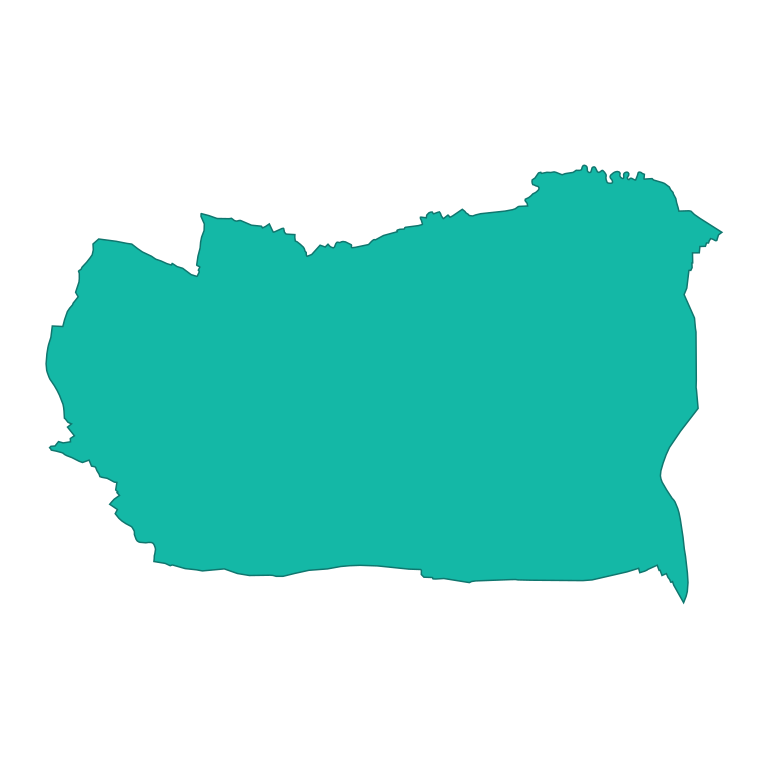 outline of Phak Hai, Phra Nakhon Si Ayutthaya, Thailand
{"feature_id": "78962969B77944548728252", "entity_name": "Phak Hai", "entity_type": "district", "adm_level": 2, "iso_a3": "THA", "parent_name": "Thailand", "parent_adm1": "Phra Nakhon Si Ayutthaya", "projection": "albers", "projection_center": [100.331, 14.454], "detail": "fine", "context": "isolated", "style": "filled", "palette": "teal", "viewbox_px": 768, "rotation_deg": 0, "n_neighbors": 0, "source": "geoboundaries", "source_scale": "gbopen_adm2", "svg_char_len": 6063}
<svg xmlns="http://www.w3.org/2000/svg" viewBox="0 0 768 768"><path d="M698.1,408.4L696.5,390.2L696.1,387.4L696.3,380.1L696.0,332.0L695.4,328.2L694.5,318.0L684.1,294.6L686.8,288.1L688.9,270.5L689.1,270.3L690.8,270.4L692.1,267.7L691.9,263.0L692.7,262.9L692.5,252.9L699.3,252.8L699.9,246.5L705.4,246.3L706.5,243.0L708.5,243.0L709.4,240.4L710.1,239.7L710.5,238.6L712.8,239.2L715.3,240.6L716.0,240.7L716.8,240.4L718.5,234.9L721.9,232.3L699.7,218.2L694.4,214.5L691.0,211.2L688.9,210.8L678.9,211.1L678.1,207.7L676.6,202.6L675.8,198.5L673.4,194.0L673.0,192.4L670.7,189.8L669.3,187.0L664.6,183.5L662.4,182.6L653.5,180.0L652.1,178.6L644.2,179.1L644.0,178.9L644.4,174.3L642.4,173.5L641.1,172.5L639.8,172.1L638.8,172.2L638.2,172.7L637.3,175.8L635.6,180.0L634.7,179.9L631.8,178.4L631.0,178.2L630.2,178.4L629.0,179.6L628.0,179.4L627.2,177.8L628.7,175.3L628.8,173.7L628.1,172.6L627.0,172.1L625.8,172.3L624.9,172.7L624.0,173.5L623.6,174.7L623.8,177.2L623.6,177.9L623.2,178.4L622.4,178.5L620.8,177.5L620.0,176.3L619.8,175.1L620.1,173.4L619.7,172.6L619.0,171.9L617.3,171.5L616.0,171.7L614.5,172.2L613.2,173.0L610.9,174.9L610.2,176.1L610.1,176.9L610.5,178.1L612.2,180.3L612.6,182.1L612.2,182.8L611.5,183.2L610.0,183.3L608.4,183.1L607.5,182.7L607.0,182.1L606.1,179.6L605.9,177.3L606.2,175.9L606.0,174.5L604.6,172.3L602.8,170.5L602.4,170.4L601.9,170.5L599.4,172.3L598.2,172.3L597.3,171.6L595.4,167.7L594.6,167.0L593.8,166.9L592.6,167.3L592.1,167.8L591.0,171.6L590.6,172.2L590.0,172.5L588.8,172.4L587.7,171.5L587.4,170.8L587.2,168.0L586.8,166.7L585.9,165.8L584.6,165.3L583.3,165.5L582.7,166.2L582.2,167.1L581.6,169.3L580.8,170.1L579.4,170.4L576.2,170.3L573.1,172.4L566.6,173.4L565.0,173.7L562.4,174.7L561.4,174.5L555.9,172.3L554.1,171.9L550.7,172.5L546.9,172.3L541.7,173.4L541.3,173.2L540.8,172.3L538.8,172.8L538.3,173.2L535.0,178.0L532.2,179.9L532.0,181.4L532.2,183.1L532.8,184.6L534.2,185.0L535.7,185.8L538.1,186.5L539.0,187.7L538.9,189.0L538.2,190.2L536.5,191.8L535.4,192.6L532.8,193.9L531.0,195.8L528.7,197.6L525.3,199.2L525.1,200.7L527.2,203.4L527.6,206.0L519.0,206.4L518.1,206.7L515.2,208.8L512.5,209.7L505.0,211.1L480.7,213.7L475.7,214.9L472.6,216.0L469.2,215.5L468.2,214.3L466.0,212.9L464.9,211.4L462.3,209.3L452.5,216.0L450.3,217.1L449.8,217.1L448.3,215.2L447.9,215.1L443.5,218.6L443.2,218.5L441.4,216.0L440.4,213.3L439.4,211.9L437.8,212.3L433.7,213.8L433.2,213.5L432.2,212.0L430.4,212.2L428.8,212.9L426.9,214.9L426.7,215.3L426.3,217.8L420.9,217.1L420.4,217.3L420.5,218.7L421.3,220.1L422.4,223.9L422.4,224.3L422.0,224.6L418.4,225.6L405.5,227.3L404.8,227.7L404.4,228.7L403.9,229.1L399.8,229.3L397.8,229.9L397.0,230.4L397.3,231.7L383.5,235.5L375.5,239.8L374.2,239.6L373.4,239.9L371.6,241.3L368.9,244.2L368.3,244.6L355.5,247.3L352.3,247.7L351.7,247.6L351.4,247.1L351.5,245.2L351.2,244.7L345.5,241.9L343.0,241.5L341.5,241.8L339.8,242.6L337.6,242.2L336.8,242.4L335.8,243.7L334.5,247.0L333.5,247.8L332.7,247.7L330.9,247.0L329.9,246.3L328.0,244.2L325.2,247.0L320.1,245.2L311.7,254.5L307.2,256.3L306.8,256.1L306.3,254.7L306.2,252.4L305.1,251.3L304.3,248.7L303.4,247.2L300.4,244.4L297.1,241.8L295.3,241.0L294.8,237.5L294.9,234.6L286.2,234.1L284.5,232.3L283.7,228.6L283.4,228.3L282.0,228.5L274.5,231.9L273.3,232.1L272.2,230.1L269.3,223.9L265.5,226.5L262.6,227.9L262.2,227.6L261.7,226.5L261.4,226.2L251.5,225.2L240.6,220.5L239.1,220.5L236.8,221.1L235.4,220.9L234.2,220.4L231.5,218.3L229.1,218.7L217.1,218.5L208.9,215.6L201.3,213.6L201.1,213.8L201.0,216.4L204.3,223.9L204.1,230.5L201.6,237.1L200.6,242.1L200.1,248.0L198.0,256.1L196.7,264.9L196.9,265.4L199.7,266.8L199.8,267.2L198.3,270.2L199.2,271.3L199.1,272.3L197.2,276.2L196.8,276.4L191.1,274.6L182.7,268.3L177.1,266.6L172.4,263.5L172.1,263.5L171.6,264.8L171.2,265.0L166.8,263.6L161.1,261.0L155.8,259.2L151.4,256.2L142.5,252.0L137.7,248.7L131.8,244.1L126.9,243.4L116.2,241.3L98.7,239.0L93.0,244.0L93.3,249.9L92.2,254.8L90.2,257.7L86.6,262.3L82.1,267.1L81.0,269.4L79.2,270.5L78.6,271.1L78.6,271.6L79.2,272.8L79.3,274.1L79.3,278.8L79.0,282.0L75.6,292.3L78.2,296.8L73.2,303.1L72.5,304.9L69.7,308.1L67.4,311.5L64.6,319.6L62.8,326.5L52.3,326.0L50.9,337.3L48.6,344.6L47.9,347.7L46.9,353.9L46.1,363.8L46.7,370.4L47.4,372.8L48.9,376.9L49.9,379.1L54.3,385.6L57.2,390.6L59.5,395.3L63.0,404.3L63.6,407.4L64.0,410.9L64.4,418.2L65.2,418.8L68.0,422.3L71.5,423.9L67.5,427.1L74.4,435.8L70.3,438.5L70.5,441.8L63.2,442.9L58.5,441.6L55.0,446.0L50.9,446.3L49.6,447.7L50.6,448.7L51.3,450.1L56.1,451.1L61.7,452.6L62.9,453.1L64.6,454.5L66.9,455.7L71.9,457.6L79.0,461.2L82.5,462.5L89.1,460.1L91.5,466.1L94.9,466.8L95.7,467.6L96.9,470.6L99.1,474.2L99.9,476.6L101.9,477.3L107.2,478.3L114.3,482.1L116.9,482.4L115.7,489.9L117.8,492.0L117.0,492.7L119.5,495.4L114.2,499.2L111.6,502.0L109.7,504.3L117.4,509.5L115.2,513.7L118.9,518.3L121.9,521.0L125.8,523.6L131.1,526.4L132.1,527.3L134.2,530.9L134.4,532.2L134.4,534.6L136.1,539.3L137.2,540.9L138.7,541.9L140.0,542.3L145.8,542.8L148.7,542.4L151.3,542.5L152.7,543.0L153.7,544.1L154.2,545.0L155.2,547.7L155.5,549.3L154.9,553.4L154.3,555.8L154.2,558.8L153.9,561.5L165.2,563.4L170.2,565.7L172.1,565.0L172.6,565.0L185.2,568.6L196.4,569.8L202.4,570.9L224.3,568.9L237.4,573.5L249.4,575.5L270.2,575.2L272.9,575.4L276.1,576.3L283.1,576.3L294.4,573.5L308.9,570.3L327.4,568.9L340.7,566.5L349.6,565.7L360.1,565.3L377.5,565.9L408.8,569.1L420.5,569.5L421.2,570.0L421.4,570.4L421.3,574.5L423.9,577.2L432.2,577.5L432.6,577.7L432.8,578.7L433.3,578.9L435.7,579.0L443.9,578.5L469.4,582.6L471.6,581.5L475.7,580.9L510.7,579.6L515.5,579.5L518.0,579.9L531.1,580.2L582.9,580.6L592.1,579.9L626.9,571.9L638.6,568.3L639.8,572.7L644.8,571.1L647.0,570.1L647.9,569.4L657.2,565.2L659.1,570.4L660.1,570.3L662.0,575.5L666.4,573.6L668.0,577.4L669.7,579.6L670.7,582.1L671.0,582.3L672.5,581.6L673.8,585.3L683.6,602.7L686.1,596.4L687.3,591.6L688.0,582.6L687.4,572.9L685.5,556.2L684.3,548.9L683.0,537.0L680.3,519.3L679.0,512.8L677.7,508.4L675.0,501.9L673.8,500.1L672.0,498.1L666.7,490.0L662.1,482.1L660.9,478.7L660.4,475.7L660.9,470.8L663.1,463.1L666.1,454.8L669.5,447.4L680.5,431.2L698.1,408.4Z" fill="#14b8a6" stroke="#0f766e" stroke-width="1.5"/></svg>